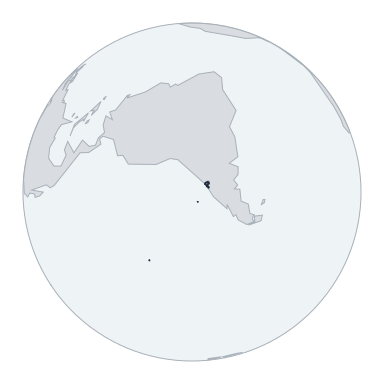 Valparaíso on an orthographic globe, rotated 304°
{"feature_id": "CHL-2699", "entity_name": "Valparaíso", "entity_type": "Region", "adm_level": 1, "iso_a3": "CHL", "parent_name": "Chile", "parent_adm1": "", "projection": "orthographic", "projection_center": [-76.99, -30.119], "detail": "fine", "context": "on_globe", "style": "filled", "palette": "slate", "viewbox_px": 384, "rotation_deg": 304, "n_neighbors": 0, "source": "natural_earth", "source_scale": "10m", "svg_char_len": 4479}
<svg xmlns="http://www.w3.org/2000/svg" viewBox="0 0 384 384"><g transform="rotate(304 192 192)"><circle cx="192" cy="192" r="169" fill="#eef3f6" stroke="#a8b0b8"/><path d="M165.8,25.1L167.8,24.9L183.1,23.8L183.0,24.4L186.6,25.0L189.1,24.4L187.2,23.8L192.7,23.3L189.7,23.1L191.5,23.0L203.3,23.4L203.7,23.5L206.4,23.7L208.4,23.8L211.8,24.2L216.5,25.0L228.6,27.6L229.7,28.1L223.5,27.8L211.9,26.4L203.9,27.7L214.8,27.1L217.3,29.2L220.2,29.9L223.4,30.2L224.7,29.7L226.7,30.7L216.7,31.1L214.7,30.2L217.9,29.9L212.4,29.5L205.6,30.6L207.4,32.0L195.3,33.6L196.5,34.8L194.5,36.1L193.5,34.0L195.0,38.1L181.1,43.6L183.0,53.2L174.9,46.1L168.2,45.9L160.1,47.0L160.3,48.5L149.4,49.1L139.8,54.2L136.3,63.0L140.2,68.9L152.2,67.0L155.7,62.6L164.5,60.7L158.4,72.2L173.8,72.2L172.3,81.2L176.8,85.8L184.5,84.1L192.4,86.2L198.0,80.8L207.1,78.1L207.4,85.6L212.3,79.0L217.4,82.9L235.3,84.4L234.0,85.9L249.0,97.5L265.0,105.1L268.7,112.1L266.8,115.4L272.3,118.0L272.4,120.6L293.6,131.7L304.0,143.0L303.4,152.5L294.0,160.2L284.2,183.0L267.1,186.5L261.8,196.5L246.9,210.3L236.6,206.8L238.7,216.1L232.2,220.4L225.3,219.7L223.4,225.9L218.2,225.4L221.1,230.1L211.9,237.8L213.5,245.3L206.6,252.0L207.9,256.5L205.5,256.2L202.9,257.7L202.4,260.2L195.7,255.7L194.7,245.8L197.8,241.0L194.7,240.1L201.3,228.1L197.7,230.4L200.0,212.8L205.8,199.1L210.9,162.2L207.5,155.1L194.8,146.9L179.5,123.6L183.8,114.2L180.4,110.1L191.6,97.6L188.5,87.0L184.5,85.6L180.6,89.7L166.9,84.2L162.0,77.3L120.4,74.1L116.2,72.1L116.4,67.1L104.0,58.0L108.7,68.7L103.6,67.9L99.8,64.9L102.3,62.8L100.4,58.1L96.0,58.5L97.2,53.7L108.7,45.0L109.8,44.6L112.5,43.0L111.9,43.2L124.8,37.0L138.1,31.9L151.8,27.9L165.8,25.1ZM36.4,126.3L35.6,128.0L36.4,126.3ZM182.2,56.8L199.8,61.9L189.9,62.6L191.7,61.6L187.3,59.4L178.9,57.8L170.2,59.6L182.2,56.8ZM189.8,50.8L186.8,50.5L189.7,50.4L189.8,50.8ZM110.8,43.8L108.7,45.0L110.8,43.8ZM206.7,265.3L196.1,257.3L202.2,260.9L206.9,257.3L212.2,263.3L206.7,265.3ZM220.4,256.5L225.6,255.2L226.6,256.7L223.3,257.9L220.4,256.5ZM331.8,286.9L330.3,288.9L328.7,289.2L331.2,280.6L335.2,275.3L342.3,261.5L353.8,232.0L357.2,223.4L359.1,214.1L360.5,188.6L360.5,179.4L359.9,173.2L359.2,170.7L358.0,163.3L357.2,161.0L349.3,150.6L344.4,139.3L332.6,113.1L332.2,107.3L327.8,98.2L324.1,86.7L331.2,96.3L337.6,106.3L343.3,116.8L348.2,127.6L352.4,138.8L355.7,150.2L358.3,161.9L360.0,173.7L360.8,185.6L360.9,197.5L360.1,209.4L358.4,221.2L356.0,232.8L352.7,244.3L348.6,255.4L343.7,266.3L338.1,276.8L331.8,286.9ZM329.5,94.1L331.1,96.4L329.5,94.1ZM235.8,84.4L238.0,86.1L235.2,85.8L235.8,84.4ZM188.6,65.3L192.3,65.4L194.2,66.4L191.4,66.8L188.6,65.3ZM219.5,66.4L223.7,67.3L219.4,67.5L219.5,66.4ZM202.5,62.7L216.1,65.9L207.7,67.4L199.1,65.6L205.0,65.2L202.5,62.7ZM188.2,54.1L190.5,54.5L189.9,55.6L188.2,54.1ZM192.0,50.8L191.1,50.9L189.9,50.1L192.0,50.8ZM217.9,29.2L218.8,29.2L222.1,29.7L220.6,29.8L217.9,29.2ZM236.1,30.9L239.0,32.5L235.9,31.2L234.5,31.4L226.2,29.4L229.8,28.3L229.6,29.0L236.1,30.9ZM216.1,26.9L221.0,28.0L215.5,26.9L216.1,26.9ZM72.8,310.7L72.7,309.7L77.5,314.1L83.3,319.4L87.2,323.5L72.8,310.7ZM68.9,306.5L64.5,301.9L61.1,298.6L63.8,300.9L62.6,298.2L71.8,308.5L68.9,306.5Z" fill="#d9dde1" stroke="#a8b0b8" stroke-width="1"/><path d="M208.7,199.0L208.8,199.0L208.8,199.3L208.9,199.5L209.0,199.5L208.9,199.6L209.0,199.7L208.9,199.7L208.9,199.8L208.9,200.2L208.9,200.3L209.1,200.5L209.3,200.7L209.2,200.8L209.1,201.0L208.9,201.2L208.6,201.3L208.5,201.5L208.4,201.5L208.4,201.4L208.2,201.2L207.7,200.9L207.6,201.0L207.5,200.9L207.4,200.8L207.1,200.8L206.9,200.9L206.6,201.0L205.6,201.8L205.6,202.0L205.8,202.3L205.8,202.5L205.8,202.8L205.7,202.9L205.6,203.0L205.4,203.2L205.4,203.3L205.2,203.4L205.2,203.5L204.9,203.6L204.7,203.6L204.6,203.2L204.8,203.0L205.0,202.9L205.1,202.7L205.2,202.4L205.0,202.1L205.0,201.9L205.1,201.7L205.0,201.3L205.0,201.2L204.9,201.1L205.1,201.0L205.1,200.9L205.3,200.9L205.4,200.7L205.5,200.5L205.5,200.4L205.5,200.2L205.7,199.9L205.7,199.6L205.7,199.4L205.8,199.3L205.8,199.1L205.8,198.9L205.7,198.9L205.7,198.7L205.6,198.4L205.8,198.1L206.0,198.1L206.4,198.0L206.4,197.9L206.5,197.9L206.8,198.0L207.0,197.9L207.4,198.0L207.5,198.0L207.8,198.3L208.1,198.4L208.2,198.5L208.3,198.6L208.5,198.7L208.6,198.8L208.7,199.0ZM111.8,194.7L111.8,194.8L111.7,194.9L111.6,195.0L111.4,195.1L111.3,194.9L111.4,194.7L111.6,194.8L111.7,194.7L111.8,194.7ZM187.6,202.3L187.4,202.4L187.2,202.5L187.1,202.4L187.3,202.3L187.3,202.2L187.5,202.3L187.6,202.3Z" fill="#64748b" stroke="#1e293b" stroke-width="1.5"/></g></svg>